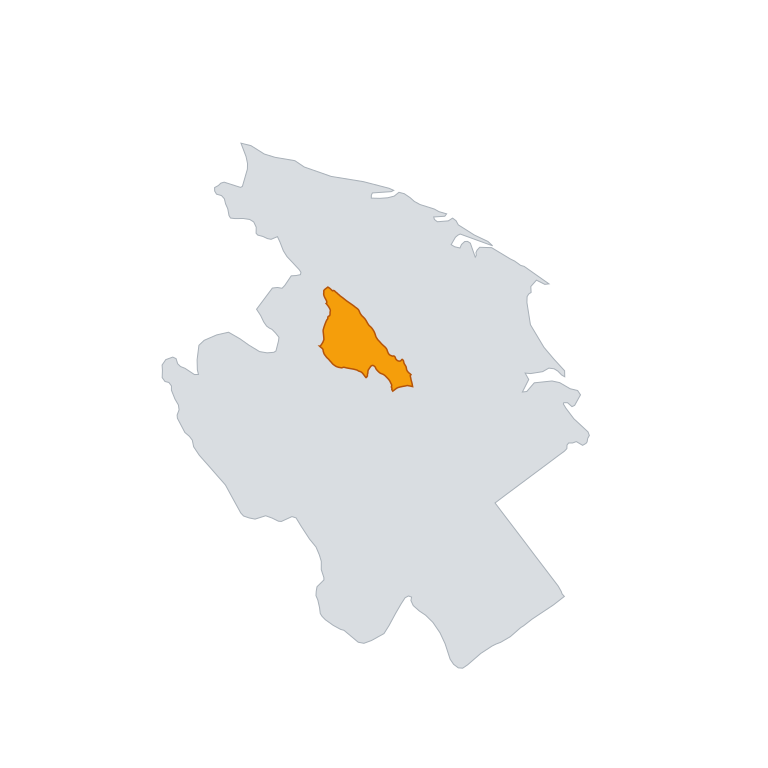 Ogoulou, Ngounié, Gabon (highlighted), rotated 143°
{"feature_id": "22940354B22341987955952", "entity_name": "Ogoulou", "entity_type": "district", "adm_level": 2, "iso_a3": "GAB", "parent_name": "Gabon", "parent_adm1": "Ngounié", "projection": "equal_earth", "projection_center": [11.519, -1.32], "detail": "fine", "context": "in_parent", "style": "filled", "palette": "amber", "viewbox_px": 768, "rotation_deg": 143, "n_neighbors": 0, "source": "geoboundaries", "source_scale": "gbopen_adm2", "svg_char_len": 6533}
<svg xmlns="http://www.w3.org/2000/svg" viewBox="0 0 768 768"><g transform="rotate(143 384 384)"><path d="M497.1,118.2L496.8,124.4L491.5,139.8L489.0,151.6L488.4,164.2L489.9,174.3L492.4,181.5L494.0,189.4L492.8,194.9L490.2,197.2L492.0,200.0L495.8,200.6L502.4,198.2L512.4,194.0L525.5,188.0L534.2,184.7L548.5,186.7L556.1,189.0L560.0,193.3L564.2,211.4L566.3,214.1L569.8,221.8L572.7,231.0L573.3,235.7L573.0,239.1L570.1,244.1L566.8,251.4L565.7,255.9L562.9,259.2L559.5,262.4L549.9,263.7L548.5,265.6L545.8,273.5L540.8,280.1L538.5,286.3L536.4,294.7L536.8,305.0L535.8,319.9L534.8,330.0L537.3,333.5L548.7,336.0L550.9,338.0L554.0,344.2L557.8,350.0L568.3,353.7L572.3,358.2L575.6,363.1L576.0,367.2L573.7,383.3L571.4,398.8L572.3,410.6L573.1,421.9L574.4,438.3L573.8,448.4L570.9,454.5L570.9,459.3L572.2,465.1L569.6,481.0L567.9,483.7L563.2,486.7L560.8,491.0L560.0,497.8L557.5,507.0L554.9,510.4L554.9,514.7L557.4,517.8L557.3,522.6L552.7,528.3L549.8,532.7L543.6,534.8L536.5,532.6L534.8,529.4L536.6,524.4L536.0,520.4L533.5,516.3L529.7,505.6L526.4,503.3L524.5,507.7L518.7,515.8L508.5,526.3L501.3,527.1L488.1,523.9L477.0,518.9L471.8,506.7L468.6,496.6L463.9,484.8L458.6,479.2L452.9,475.6L450.4,475.4L442.3,481.9L439.8,484.5L439.9,490.0L440.6,495.1L441.9,497.6L442.9,500.9L442.7,506.0L441.3,512.9L440.8,520.4L415.4,527.8L411.0,525.2L407.8,521.8L404.0,522.4L393.0,526.2L388.9,523.5L384.9,521.6L383.1,523.2L382.9,526.4L384.8,544.2L384.2,551.0L381.7,559.8L380.4,565.8L387.1,567.5L389.6,570.3L391.9,574.7L395.2,578.9L395.4,581.4L391.7,586.1L390.5,591.8L392.2,596.2L396.8,600.9L403.5,605.8L406.7,608.9L406.4,611.8L403.3,618.0L402.1,623.2L400.0,628.0L400.4,632.3L403.5,636.4L403.1,640.0L401.1,642.8L396.9,642.2L393.4,642.6L390.2,641.4L380.3,627.4L378.2,627.0L363.8,637.8L360.3,642.2L357.3,648.6L353.3,662.4L346.8,654.4L341.2,639.7L334.6,630.6L320.8,616.0L317.1,605.3L301.3,581.6L278.6,557.9L262.2,537.3L259.7,532.8L262.5,533.3L278.3,543.6L280.5,542.4L282.3,540.1L275.5,534.7L269.0,530.5L262.8,527.9L256.7,528.1L253.3,523.8L251.0,517.1L249.9,511.5L247.2,505.6L238.5,493.4L236.4,488.6L231.6,482.2L234.5,481.4L243.8,487.5L244.7,485.1L243.8,481.5L234.5,475.6L229.4,475.2L228.2,471.1L228.9,466.4L222.2,448.6L215.2,435.3L214.1,429.0L232.9,457.9L235.4,458.4L238.7,458.2L246.5,454.9L245.0,451.1L241.5,446.9L238.1,448.8L233.7,449.2L231.4,447.5L230.3,444.5L234.8,430.4L232.8,431.2L231.4,433.7L229.0,434.9L225.3,435.6L216.0,428.1L207.8,407.7L205.7,403.6L203.5,396.5L201.3,393.6L192.0,364.7L195.6,366.8L199.8,375.2L208.1,373.5L211.4,368.6L214.2,368.8L217.1,367.7L220.8,363.1L231.4,343.2L234.2,317.0L233.3,301.4L231.8,285.9L235.3,281.0L236.7,284.3L237.4,289.7L239.0,293.8L242.8,297.5L249.9,298.4L260.8,304.2L264.7,307.8L265.7,300.5L278.3,294.3L274.5,292.1L263.3,294.5L248.0,285.3L242.9,279.4L238.2,268.2L233.3,262.3L233.6,257.1L244.6,252.2L247.5,252.8L248.7,258.6L251.7,260.9L252.8,260.1L253.3,255.2L253.3,242.0L249.9,223.0L251.0,219.3L254.0,218.0L256.7,215.5L258.5,215.0L262.3,215.5L264.1,219.9L265.1,222.3L268.9,223.4L272.0,225.8L274.6,225.1L276.8,222.4L280.1,221.8L290.1,221.9L299.1,221.9L317.2,222.0L335.3,222.1L353.3,222.2L366.9,222.2L366.9,211.4L366.8,194.7L366.7,174.9L366.7,155.9L366.6,138.4L366.5,117.7L367.3,111.7L368.1,109.2L367.8,105.8L381.8,105.6L407.1,107.1L418.2,106.9L421.3,107.2L435.1,106.2L446.3,107.5L451.1,108.9L455.4,109.7L468.8,110.6L486.3,109.4L492.2,109.7L495.5,112.6L497.1,118.2Z" fill="#d9dde1" stroke="#a8b0b8" stroke-width="1"/><path d="M381.8,483.2L381.7,482.2L381.7,480.8L381.7,479.5L381.8,478.4L381.9,477.4L382.1,476.4L382.3,475.6L382.8,474.7L383.7,474.0L384.5,473.0L384.9,472.4L385.4,471.9L386.2,471.3L386.8,471.3L387.3,471.5L388.0,471.5L388.4,471.3L388.9,470.9L389.4,470.2L390.1,469.8L390.8,469.7L391.7,469.3L393.0,468.6L394.8,467.5L397.5,465.7L399.9,463.9L400.7,463.0L404.2,457.2L405.3,455.6L406.3,455.0L407.6,454.2L409.3,453.5L410.4,453.1L411.6,452.8L412.2,452.7L412.7,453.1L412.6,452.4L412.4,451.5L412.2,450.8L412.0,449.8L411.9,449.0L412.0,448.2L412.5,447.3L412.8,446.8L413.1,446.0L413.3,445.3L413.7,444.3L413.8,443.1L413.8,441.0L413.8,439.7L413.6,438.5L413.4,437.5L413.3,436.4L413.2,434.3L413.0,432.9L413.0,431.6L412.8,430.2L412.2,428.3L411.6,426.7L410.8,425.5L410.1,424.5L409.3,423.7L408.7,423.0L408.1,422.4L407.4,422.1L406.6,421.9L405.9,421.5L404.3,419.5L402.3,417.3L399.3,414.1L397.4,411.7L396.9,410.8L396.6,409.8L395.7,408.5L395.1,407.5L394.7,406.2L394.6,404.6L394.6,402.9L394.6,401.6L394.6,400.5L394.5,399.9L393.9,399.8L393.6,400.0L393.2,400.3L392.5,400.3L391.8,401.2L391.3,401.8L390.5,402.3L389.1,403.9L388.4,404.5L387.8,404.8L386.8,405.1L385.8,405.5L384.8,405.8L383.9,406.1L383.1,406.1L382.2,405.9L381.7,405.5L381.3,405.0L381.0,403.9L380.8,402.9L380.9,402.4L381.1,401.7L381.3,400.8L381.3,399.6L381.1,397.7L380.8,396.0L380.4,394.7L379.7,393.6L379.0,392.5L378.4,391.0L378.1,389.8L377.6,385.8L377.5,383.4L377.8,381.7L378.1,380.4L378.2,379.3L378.6,378.4L379.2,377.7L379.8,377.4L380.1,376.8L380.1,376.0L380.6,375.4L381.1,374.9L381.2,374.1L381.3,373.0L379.3,373.0L376.7,373.0L375.2,372.8L373.3,372.1L370.5,370.8L368.2,369.6L366.3,368.8L365.7,368.1L364.2,366.5L362.7,364.7L361.5,367.1L360.7,368.9L360.1,370.6L358.9,373.0L358.4,374.2L357.9,375.0L357.5,375.0L356.8,375.2L356.9,375.7L357.1,376.8L357.4,377.8L357.6,379.4L357.5,381.1L357.1,382.3L356.6,383.1L355.9,384.8L355.8,386.0L355.6,388.1L355.2,389.3L354.6,390.5L354.4,391.2L354.5,392.3L354.7,392.8L355.3,392.8L356.0,392.6L356.9,392.5L357.5,392.7L357.9,393.0L358.5,393.5L359.0,394.3L359.4,395.4L359.5,396.5L359.4,397.5L359.0,398.4L358.9,399.3L359.1,400.2L359.7,400.8L360.4,401.1L360.8,401.7L361.4,402.7L362.0,403.9L362.1,405.0L362.0,406.3L361.6,407.8L361.2,409.1L360.9,409.9L360.8,411.1L360.9,412.9L361.2,414.3L361.6,416.4L361.8,417.6L361.9,419.2L362.0,420.6L362.3,423.0L362.2,424.7L362.0,426.7L361.6,427.7L361.1,429.1L360.6,430.8L360.3,432.3L360.1,434.6L360.1,436.7L360.4,438.3L360.7,439.8L360.6,441.8L360.5,442.8L360.1,445.5L360.0,447.8L360.3,450.1L360.6,451.8L360.6,453.5L360.5,454.8L360.2,456.1L359.9,457.3L359.7,458.5L359.8,459.7L360.1,460.9L360.7,462.7L361.0,464.1L361.6,466.1L363.9,473.1L365.0,477.5L366.0,480.7L366.2,482.1L366.6,483.6L366.7,484.7L367.0,485.7L367.3,487.0L367.4,487.9L367.7,488.7L368.2,489.2L368.7,489.2L369.1,489.5L369.2,490.2L369.4,491.3L369.6,492.5L369.9,493.6L370.2,494.4L370.5,495.2L372.3,495.2L373.4,495.2L374.2,495.2L375.4,495.0L376.0,494.7L376.5,494.0L376.9,493.4L377.6,492.7L378.1,492.1L378.6,491.1L379.1,489.6L379.4,488.0L379.6,486.4L379.9,484.9L380.4,483.8L381.0,483.2L381.8,483.2L381.8,483.2Z" fill="#f59e0b" stroke="#b45309" stroke-width="1.5"/></g></svg>